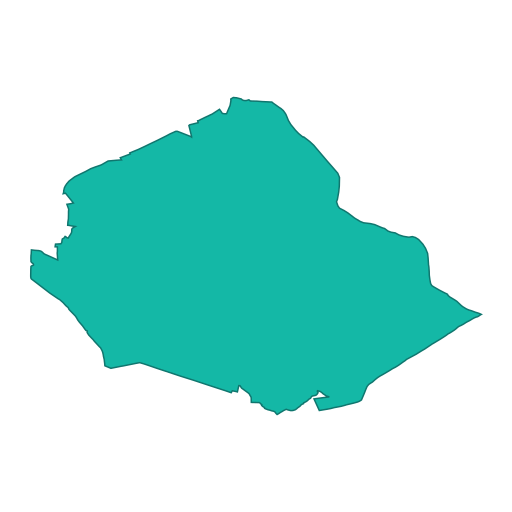 Serbauti, Suceava, Romania
{"feature_id": "2599482B9399918104506", "entity_name": "Serbauti", "entity_type": "district", "adm_level": 2, "iso_a3": "ROU", "parent_name": "Romania", "parent_adm1": "Suceava", "projection": "natural_earth1", "projection_center": [26.143, 47.819], "detail": "fine", "context": "isolated", "style": "filled", "palette": "teal", "viewbox_px": 512, "rotation_deg": 0, "n_neighbors": 0, "source": "geoboundaries", "source_scale": "gbopen_adm2", "svg_char_len": 5462}
<svg xmlns="http://www.w3.org/2000/svg" viewBox="0 0 512 512"><path d="M368.1,385.2L368.7,384.5L369.2,384.1L371.2,382.8L372.5,382.0L374.9,379.8L377.0,378.1L378.2,377.2L380.6,375.7L382.3,374.8L389.3,370.7L392.6,368.6L395.2,367.3L395.7,367.0L397.2,366.1L398.6,365.2L400.6,363.8L402.8,362.2L405.3,360.5L405.6,360.3L406.3,359.5L406.7,359.3L411.9,356.5L416.2,354.2L421.3,351.0L424.9,348.9L428.6,346.4L431.0,344.8L431.8,344.2L433.4,343.3L439.9,339.4L442.9,337.5L445.8,335.6L448.2,333.8L449.6,333.1L451.7,331.8L454.3,330.1L456.1,328.7L457.3,327.6L457.8,327.2L458.3,326.8L458.9,326.4L459.5,326.1L460.9,325.5L463.0,324.4L464.6,323.4L465.8,322.6L467.6,321.6L469.6,320.6L470.9,319.8L472.2,319.0L473.1,318.5L474.0,318.0L475.6,317.3L476.8,316.9L477.4,316.8L478.0,316.5L479.1,315.8L480.4,314.9L481.3,314.4L479.6,313.6L478.3,313.1L475.3,312.2L471.6,310.8L468.9,310.0L467.0,309.2L466.0,308.7L462.6,306.6L460.9,305.2L458.7,303.1L456.8,301.3L455.0,300.1L452.2,298.4L449.7,296.9L447.9,295.3L447.8,294.8L447.5,294.3L446.9,293.9L444.9,293.0L442.6,291.8L439.7,290.3L436.7,288.6L433.3,286.6L431.8,285.6L431.4,284.9L430.9,284.1L430.6,283.4L429.9,279.8L429.3,275.3L429.2,271.6L428.9,267.3L428.7,265.7L428.5,264.9L428.5,264.5L428.1,258.1L427.6,253.4L425.5,248.3L422.9,244.2L418.6,239.5L415.4,237.5L412.3,236.6L409.0,237.2L407.5,237.0L403.3,236.3L398.9,234.9L395.2,232.9L391.0,232.2L387.9,231.0L384.6,228.5L382.5,227.9L379.8,226.8L374.7,224.6L370.4,223.6L363.6,222.8L360.3,221.5L354.6,218.1L348.0,213.0L344.0,210.5L339.5,208.2L337.9,205.9L336.5,201.8L337.4,199.4L338.7,192.1L339.3,186.3L339.5,177.5L337.8,173.3L332.9,167.6L327.8,161.8L315.8,147.7L313.8,145.3L309.7,141.5L303.7,136.9L303.1,137.2L298.6,133.5L295.5,130.3L290.8,124.5L288.4,120.5L287.2,117.5L286.0,114.6L285.1,113.1L283.3,110.6L280.9,108.5L279.0,107.3L277.2,106.0L273.5,103.4L272.4,102.5L271.8,102.0L270.9,102.0L264.5,101.7L262.4,101.6L258.5,101.3L257.3,101.2L250.3,101.0L248.9,99.8L246.1,100.6L244.0,100.5L242.4,100.0L241.3,99.0L236.6,97.8L233.3,97.5L230.8,99.0L230.9,100.8L230.1,105.4L227.4,111.7L226.6,113.7L224.7,113.8L222.3,113.4L221.4,112.0L219.5,109.3L212.1,114.1L210.5,114.8L208.5,115.8L206.3,116.8L204.4,117.7L202.4,118.7L200.9,119.4L198.2,120.8L197.7,120.8L198.0,122.0L198.2,122.7L189.7,124.8L188.9,125.5L191.6,136.5L191.6,137.1L190.9,136.6L181.5,132.9L178.1,131.6L177.2,131.3L176.7,131.3L175.5,131.4L174.3,132.0L170.2,133.8L166.3,135.9L157.7,140.2L149.5,144.1L145.0,146.3L138.2,149.5L129.8,152.9L130.3,154.0L120.3,157.7L121.5,159.9L115.9,160.3L108.1,161.0L102.0,164.5L100.5,165.2L95.2,167.0L90.7,168.7L85.6,171.5L79.8,174.3L75.1,176.6L73.9,177.4L70.7,179.8L68.7,181.4L67.8,182.6L66.8,183.7L65.4,185.8L64.3,188.0L64.2,188.6L64.1,189.2L63.7,190.6L63.7,191.8L63.6,192.5L63.2,193.7L65.5,193.2L73.4,203.0L70.6,203.7L66.9,204.3L68.7,209.2L68.5,211.8L68.5,214.6L68.4,218.9L67.9,222.0L67.7,225.3L68.9,225.4L72.1,226.0L75.3,226.5L72.6,228.1L72.0,228.8L71.8,229.2L71.7,231.7L71.5,232.6L71.0,233.6L68.1,238.1L67.1,237.8L66.5,237.4L65.9,236.8L65.4,236.5L65.1,236.4L64.0,238.0L62.3,239.0L62.0,240.4L61.8,242.5L60.9,243.8L55.5,244.1L55.1,246.8L57.4,246.9L57.4,248.1L57.4,251.3L57.2,253.1L57.7,260.0L52.0,257.4L46.9,255.1L45.6,254.6L43.9,253.7L42.4,252.2L41.6,251.6L40.8,251.1L38.8,250.6L34.6,250.3L31.4,249.9L31.2,254.1L31.0,255.2L30.9,258.1L31.0,261.6L31.6,262.5L32.4,263.1L33.1,263.6L33.5,264.5L33.6,264.9L33.2,265.3L31.8,265.8L31.0,266.4L30.8,269.3L30.7,276.3L30.9,278.1L31.4,279.0L36.3,282.7L49.7,293.0L58.2,298.8L59.7,299.6L63.1,302.6L65.8,305.6L67.2,306.8L68.1,307.5L68.4,308.1L69.0,309.4L70.2,310.7L74.0,314.6L75.5,316.2L76.8,318.2L77.7,319.9L79.4,322.2L82.6,325.9L84.8,329.0L85.7,330.2L86.0,330.5L86.7,330.6L87.0,330.7L87.3,331.2L87.1,332.2L87.3,332.8L88.7,335.0L91.7,338.2L93.1,339.6L94.4,341.3L96.8,343.9L99.2,346.5L99.8,347.1L100.5,347.7L101.3,349.2L102.1,350.7L102.8,352.7L103.3,355.1L103.4,356.0L104.2,359.4L104.5,362.2L104.6,362.7L104.8,364.9L104.9,365.8L110.9,368.3L121.4,366.2L122.8,366.0L135.7,363.4L139.4,362.7L139.9,362.7L144.0,363.9L147.6,365.1L156.9,368.3L180.4,376.1L193.1,380.1L208.5,385.2L225.1,390.6L231.2,392.7L232.3,390.8L235.4,391.4L237.4,391.9L238.8,385.6L240.0,385.7L241.6,388.1L248.3,393.0L249.2,393.8L249.7,394.8L250.8,396.7L251.2,397.6L251.2,398.5L251.3,402.4L259.4,402.6L260.1,403.1L260.5,403.7L261.4,404.3L261.8,404.7L261.5,405.0L261.6,405.4L262.6,406.4L264.2,407.4L264.7,408.0L264.6,408.3L265.4,408.8L265.8,408.9L268.1,409.8L269.6,410.1L271.6,410.8L273.5,411.2L274.8,411.8L276.0,413.4L277.1,414.5L278.4,413.8L280.5,412.4L282.1,411.5L283.7,410.5L286.2,409.3L287.9,409.9L290.7,410.6L292.0,410.6L293.3,410.4L295.4,409.7L296.6,408.8L297.7,407.8L299.9,406.3L300.7,405.4L301.2,404.8L302.2,404.2L302.9,403.9L303.5,403.7L303.6,403.4L303.6,403.1L303.6,402.9L303.8,402.7L304.4,402.5L306.5,401.4L307.6,400.5L308.7,399.4L309.5,398.8L310.5,398.3L311.1,397.2L311.7,396.4L312.5,396.0L315.4,395.4L316.3,395.0L317.0,394.3L317.5,393.5L317.9,393.0L318.0,392.5L318.0,392.3L317.9,392.1L317.6,391.9L317.4,391.7L317.4,390.9L317.5,390.7L317.8,390.7L320.4,391.6L322.1,392.8L323.1,393.8L324.4,394.6L326.2,395.9L327.1,396.2L328.3,396.5L328.8,396.8L328.7,397.0L323.6,397.6L316.7,398.5L314.0,398.9L319.3,410.5L325.2,409.5L327.1,409.2L330.8,408.5L334.2,407.6L341.2,406.3L344.9,405.3L346.4,404.8L350.7,403.8L353.6,403.1L357.3,402.1L358.9,401.5L359.8,401.0L360.7,400.5L361.5,399.9L361.9,398.9L363.1,396.1L364.6,392.5L365.6,389.9L366.8,387.1L367.0,386.6L368.1,385.2Z" fill="#14b8a6" stroke="#0f766e" stroke-width="1.5"/></svg>